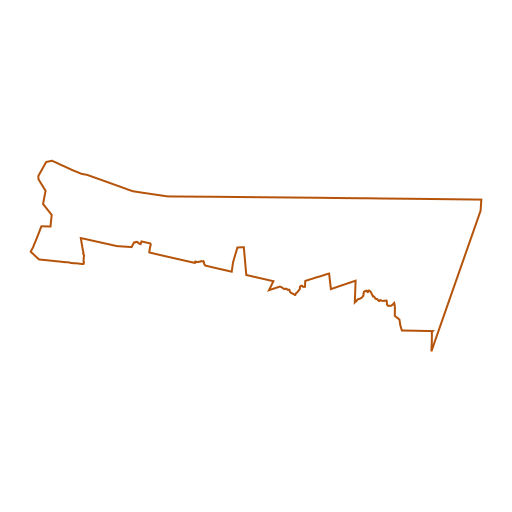 outline of San Miguel Chimalapa, Oaxaca, Mexico
{"feature_id": "50627088B25043712446087", "entity_name": "San Miguel Chimalapa", "entity_type": "district", "adm_level": 2, "iso_a3": "MEX", "parent_name": "Mexico", "parent_adm1": "Oaxaca", "projection": "robinson", "projection_center": [-94.468, 16.624], "detail": "fine", "context": "isolated", "style": "outline", "palette": "amber", "viewbox_px": 512, "rotation_deg": 0, "n_neighbors": 0, "source": "geoboundaries", "source_scale": "gbopen_adm2", "svg_char_len": 5099}
<svg xmlns="http://www.w3.org/2000/svg" viewBox="0 0 512 512"><path d="M480.6,210.7L481.2,201.6L481.3,199.6L422.0,198.9L382.3,198.5L369.4,198.3L353.7,198.2L327.8,197.9L322.1,197.8L257.7,197.2L246.1,197.1L218.1,196.8L174.9,196.5L167.5,196.4L143.0,192.8L132.7,191.2L128.7,189.8L111.8,183.7L93.4,177.1L86.9,174.8L81.7,173.9L79.2,172.9L77.4,172.1L73.0,170.4L69.4,168.7L67.6,167.9L65.5,166.9L63.3,165.9L60.9,164.9L58.8,163.8L57.2,163.1L55.8,162.4L54.6,161.9L52.9,161.2L51.9,160.7L49.0,161.4L46.2,162.0L39.0,174.8L38.3,176.2L38.5,179.3L45.6,190.9L43.7,200.5L43.1,204.1L51.7,214.9L50.5,226.5L41.4,226.3L39.7,230.7L39.1,232.3L35.6,241.1L34.7,243.2L34.1,244.4L33.8,245.3L33.2,247.0L30.7,251.7L38.9,259.4L40.1,259.6L40.3,259.6L44.6,260.0L46.6,260.2L49.2,260.5L51.1,260.7L51.3,260.7L53.4,260.9L53.5,260.9L54.9,261.1L56.0,261.2L57.9,261.4L59.2,261.5L59.5,261.5L64.9,262.2L65.0,262.1L65.6,262.2L68.5,262.3L71.1,263.0L73.3,263.2L76.4,263.3L78.1,263.5L79.0,263.6L79.4,263.7L81.2,263.9L82.4,264.0L82.5,264.0L83.3,264.0L83.3,263.9L83.4,263.7L83.5,263.6L83.7,263.2L83.7,262.7L83.7,262.4L83.9,262.4L83.7,261.5L83.7,261.2L83.5,260.7L83.7,259.3L83.7,257.8L84.1,255.3L83.5,254.3L83.5,254.1L83.1,253.5L83.3,253.0L83.4,252.8L82.8,249.7L82.6,248.6L82.4,247.6L82.3,247.3L82.2,246.1L82.1,245.7L82.0,245.3L80.8,238.1L84.7,238.9L116.9,246.1L127.5,246.8L131.6,247.1L134.0,242.4L134.7,242.4L135.0,242.5L135.3,242.4L135.6,242.0L136.2,241.8L137.0,242.2L137.5,242.0L138.0,242.7L138.9,243.5L139.1,243.5L139.6,243.5L139.7,243.8L139.8,243.9L140.6,244.1L141.5,241.4L143.0,241.8L146.7,242.6L150.1,243.4L150.4,243.8L150.5,243.8L150.7,244.7L150.6,245.5L150.2,246.5L149.3,251.7L149.4,252.5L152.0,253.1L160.5,255.1L194.7,262.9L194.7,262.7L194.8,262.4L194.9,262.0L195.0,261.8L195.1,261.6L195.3,261.5L195.5,261.6L195.9,261.7L195.9,261.8L196.1,261.9L196.3,262.0L196.5,262.1L196.9,262.1L197.2,262.1L197.5,262.1L198.0,262.0L198.3,261.8L198.5,261.8L198.7,261.7L199.0,261.7L199.4,261.8L199.6,261.8L199.9,261.8L200.3,261.5L200.6,261.4L200.9,261.2L201.1,261.2L201.3,261.1L201.6,261.2L201.9,261.2L202.0,261.2L202.3,261.3L202.6,261.4L202.7,261.5L203.4,261.2L203.5,261.6L203.7,261.8L203.8,262.1L204.0,262.7L204.0,263.1L204.1,263.4L204.2,263.8L204.4,264.4L204.7,264.7L204.9,265.0L205.0,265.3L205.1,265.5L215.4,268.0L231.7,271.7L233.1,262.1L237.4,247.5L243.8,247.2L245.3,263.9L246.3,275.0L264.2,279.1L273.4,281.2L269.0,290.2L279.8,286.6L280.2,286.7L280.8,286.9L281.3,287.2L281.7,287.3L282.4,287.8L282.8,288.1L283.6,288.7L284.2,289.0L284.3,288.9L284.5,288.9L284.8,288.9L285.0,288.9L285.3,288.8L285.6,288.8L285.9,288.7L286.3,288.7L286.7,288.9L286.8,289.3L287.1,289.5L287.3,289.6L287.7,289.8L287.8,289.8L288.2,289.8L288.5,289.9L288.8,289.8L288.9,289.7L289.2,289.6L289.3,289.7L289.4,290.0L289.7,290.7L289.8,291.2L290.0,291.7L290.1,292.0L290.5,292.3L290.7,292.6L290.9,292.8L291.3,293.0L291.6,293.2L292.2,293.4L292.5,293.6L293.1,293.9L293.4,294.1L293.7,294.2L294.0,294.4L294.2,294.5L294.5,294.6L294.9,294.9L295.2,295.7L295.3,295.0L295.2,294.8L295.3,294.5L295.3,294.2L295.6,293.7L296.1,293.3L296.6,292.9L296.9,292.6L297.1,292.3L297.4,292.0L297.7,291.7L298.0,291.4L298.3,291.0L298.6,290.6L298.8,290.3L299.6,289.5L299.6,289.2L299.9,288.6L299.9,287.9L299.8,287.2L300.0,286.9L300.5,286.3L300.6,286.0L300.8,285.9L301.1,285.9L301.3,285.9L301.8,285.7L302.1,285.8L302.3,286.1L302.5,286.3L302.7,286.5L302.9,286.7L303.1,286.8L303.3,286.9L303.6,286.9L303.8,286.9L304.0,286.9L304.3,286.9L304.5,286.9L304.9,286.9L305.0,286.8L305.2,281.8L305.3,280.9L313.3,278.4L317.8,276.9L319.4,276.6L327.9,273.8L329.1,273.6L330.9,289.1L341.3,285.5L355.6,280.7L354.8,302.4L355.0,302.2L355.2,301.9L355.5,301.8L356.0,301.4L356.3,301.2L356.5,300.9L356.9,300.4L357.1,300.1L357.4,299.6L357.7,299.4L358.1,299.1L358.9,299.0L359.4,299.0L360.3,298.5L360.7,298.3L361.2,298.0L361.9,297.5L362.5,296.9L363.0,296.1L363.3,295.7L363.4,295.1L363.6,294.3L363.5,293.4L363.6,292.9L363.8,292.5L363.9,292.0L364.4,291.5L364.8,291.2L365.0,291.1L365.4,291.2L365.8,291.1L366.2,290.8L366.4,290.6L366.6,290.7L366.9,290.9L367.1,291.2L367.2,291.4L367.3,291.7L367.6,292.1L367.8,292.1L368.2,291.8L368.3,291.5L368.3,291.1L368.4,290.9L368.7,290.7L368.9,290.5L369.8,290.9L370.6,291.9L371.1,292.5L371.7,293.9L372.1,294.6L372.3,295.1L372.8,295.6L372.9,296.4L373.5,296.4L373.9,296.6L374.4,297.1L374.7,297.4L375.1,297.9L375.2,298.4L375.4,298.7L376.6,299.0L377.3,299.1L377.7,299.6L377.8,300.0L378.2,300.3L378.6,300.7L379.0,301.0L379.4,301.0L379.6,300.8L379.7,300.6L379.9,300.4L380.0,300.2L380.4,300.1L381.1,300.5L382.2,300.8L383.3,300.9L384.3,300.9L385.4,300.6L385.8,300.5L386.4,300.5L386.6,300.6L386.7,301.2L386.8,301.6L386.8,302.7L387.0,304.5L387.5,305.1L387.8,305.6L388.0,305.8L388.9,305.8L390.0,305.8L390.8,305.8L391.3,305.7L391.8,305.2L392.4,304.9L392.6,304.7L394.2,302.9L394.5,304.0L394.9,307.0L394.8,315.9L399.0,319.2L399.3,319.4L399.3,319.5L399.5,319.9L399.7,321.2L400.2,324.8L401.1,327.9L401.7,329.9L401.9,330.5L408.4,330.6L410.9,330.7L413.4,330.7L428.2,331.0L432.8,331.1L431.8,332.2L431.9,334.0L431.9,335.3L431.8,341.9L431.4,351.3L431.5,351.1L435.4,339.8L480.6,210.7Z" fill="none" stroke="#b45309" stroke-width="2"/></svg>